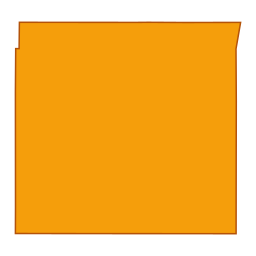 outline of Franklin, Kansas, United States of America
{"feature_id": "52423323B79202191155871", "entity_name": "Franklin", "entity_type": "district", "adm_level": 2, "iso_a3": "USA", "parent_name": "United States of America", "parent_adm1": "Kansas", "projection": "robinson", "projection_center": [-95.306, 38.564], "detail": "fine", "context": "isolated", "style": "filled", "palette": "amber", "viewbox_px": 256, "rotation_deg": 0, "n_neighbors": 0, "source": "geoboundaries", "source_scale": "gbopen_adm2", "svg_char_len": 307}
<svg xmlns="http://www.w3.org/2000/svg" viewBox="0 0 256 256"><path d="M15.4,233.5L89.3,233.6L236.1,233.7L236.2,157.0L236.3,101.5L236.0,48.9L240.6,22.4L185.3,22.5L148.4,22.3L136.3,22.4L19.4,22.3L19.1,48.6L15.7,48.6L15.4,92.4L15.5,207.1L15.4,233.5Z" fill="#f59e0b" stroke="#b45309" stroke-width="1.5"/></svg>